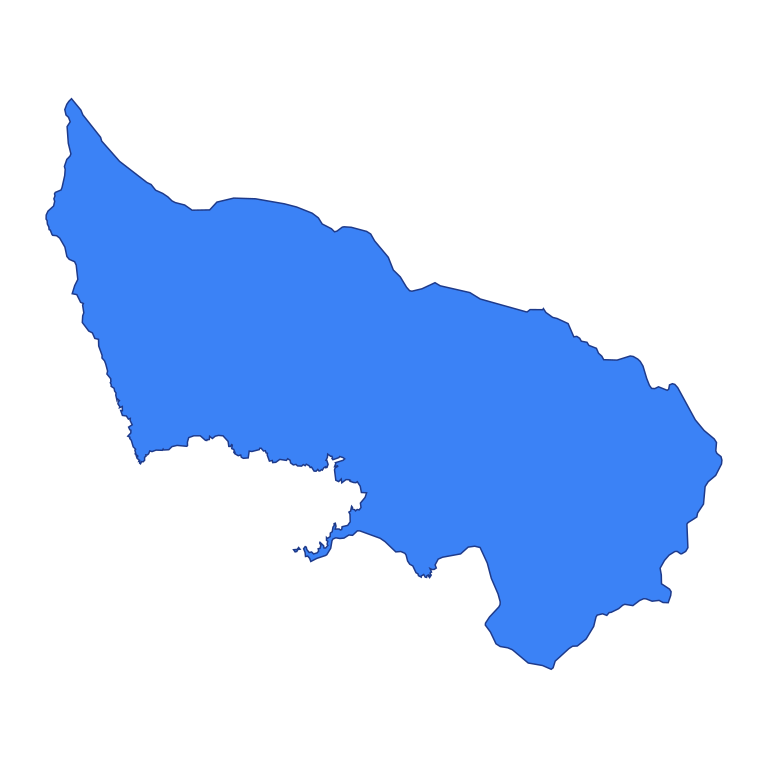 outline of Luwu Timur, Sulawesi Selatan, Indonesia
{"feature_id": "22746128B1110744719374", "entity_name": "Luwu Timur", "entity_type": "district", "adm_level": 2, "iso_a3": "IDN", "parent_name": "Indonesia", "parent_adm1": "Sulawesi Selatan", "projection": "natural_earth1", "projection_center": [121.051, -2.532], "detail": "fine", "context": "isolated", "style": "filled", "palette": "blue", "viewbox_px": 768, "rotation_deg": 0, "n_neighbors": 0, "source": "geoboundaries", "source_scale": "gbopen_adm2", "svg_char_len": 6075}
<svg xmlns="http://www.w3.org/2000/svg" viewBox="0 0 768 768"><path d="M500.2,646.5L507.8,647.8L512.3,649.7L528.2,663.0L542.5,665.5L551.2,669.3L553.1,667.8L555.2,661.1L568.9,648.6L572.6,646.2L577.3,646.0L586.1,639.0L593.7,626.4L596.0,617.0L597.2,615.1L602.6,613.8L606.8,615.4L609.1,612.6L611.2,612.3L618.6,608.7L622.7,605.2L624.8,604.3L632.9,605.6L639.6,600.5L643.7,598.7L646.2,598.9L652.1,601.2L659.1,600.4L663.0,602.5L668.2,602.7L670.7,595.5L671.1,591.7L669.5,589.1L661.5,583.8L661.3,575.0L660.1,568.2L664.5,560.4L669.1,555.1L674.9,551.5L677.2,551.4L680.6,553.8L681.7,553.8L685.7,551.4L687.9,547.7L686.9,524.1L688.0,522.6L696.8,517.0L697.6,513.0L703.5,504.1L705.1,486.6L708.2,481.7L715.7,475.4L721.5,464.0L721.9,460.1L721.0,456.6L716.9,453.4L715.8,450.9L716.5,442.5L714.2,438.9L704.1,430.5L695.3,419.9L677.7,387.6L674.8,384.4L672.4,383.7L669.5,384.9L668.7,389.2L667.2,390.3L658.5,386.8L654.8,388.6L651.6,388.4L649.4,385.3L646.7,378.5L643.0,366.1L640.2,361.4L637.8,359.1L633.3,356.5L630.2,356.0L617.1,360.1L603.7,359.7L601.8,356.2L598.5,353.2L596.4,348.3L588.9,345.4L587.0,342.3L581.3,341.2L579.7,338.3L576.8,336.4L573.8,336.8L568.1,323.6L557.1,318.5L552.7,317.4L545.9,312.5L543.4,308.6L542.7,309.7L530.1,309.6L527.2,311.9L526.0,311.8L480.2,299.0L469.9,292.6L440.2,285.8L435.0,282.7L421.9,288.8L411.9,291.2L409.6,290.7L406.5,287.2L400.3,276.9L393.3,270.0L388.3,257.3L374.6,240.9L370.7,234.0L366.6,231.4L351.3,227.3L344.1,226.8L342.3,227.1L337.0,231.1L334.5,231.8L331.4,228.7L322.2,224.0L318.4,217.9L312.2,213.2L296.6,207.0L284.3,203.8L255.5,198.8L233.7,198.1L216.9,202.1L209.7,209.9L192.1,210.2L184.7,205.0L175.3,202.6L172.0,200.9L167.9,196.9L162.7,193.4L155.6,190.2L151.1,184.5L146.9,182.5L119.6,161.4L101.7,141.1L100.6,137.3L82.8,114.8L80.9,110.1L71.5,98.7L68.8,101.4L66.8,104.3L64.8,109.6L66.0,115.0L68.5,117.3L70.2,121.8L67.1,126.6L68.3,143.3L70.9,153.9L70.0,156.1L66.8,159.4L64.4,166.5L65.2,169.3L64.7,175.6L62.0,187.6L61.0,190.0L55.3,192.4L54.5,193.8L55.0,195.9L53.9,198.8L54.7,201.3L53.6,206.0L48.0,211.1L46.2,215.0L46.1,219.1L47.1,220.5L47.4,224.1L48.8,226.9L49.1,229.6L50.3,230.1L52.0,234.5L52.7,235.3L56.6,235.7L59.7,238.1L64.9,247.1L66.9,256.5L69.3,259.4L74.6,261.7L76.2,265.1L77.8,279.4L74.7,285.6L72.2,293.7L76.8,294.6L80.6,302.3L83.4,303.5L82.6,305.1L83.8,312.8L82.7,315.8L82.3,322.5L88.7,331.0L92.4,332.9L94.8,338.4L98.5,339.3L98.7,346.0L102.1,355.4L102.0,358.0L104.5,360.8L105.7,363.9L107.6,371.1L106.9,374.0L110.7,378.7L110.9,381.7L110.3,382.7L111.3,384.8L111.1,386.3L114.1,388.3L114.6,391.0L116.0,393.0L115.8,395.2L117.0,400.4L117.7,399.1L119.4,400.7L118.3,401.6L117.9,403.8L119.8,406.7L119.5,407.7L122.3,406.5L122.4,410.7L120.7,410.5L122.4,415.4L126.4,416.0L128.4,419.1L130.3,418.4L130.1,420.4L132.2,424.8L128.6,427.1L129.8,429.8L130.9,430.2L130.8,433.0L127.8,436.2L129.9,437.2L129.8,438.6L131.3,440.3L133.2,446.8L135.6,449.2L134.9,450.1L135.8,453.8L135.3,454.0L137.8,456.0L137.7,456.6L136.4,456.2L137.1,458.3L139.3,460.2L138.9,461.1L139.7,460.8L139.6,463.1L140.5,463.8L141.6,461.6L143.1,461.8L144.6,460.3L144.6,457.3L146.0,456.2L145.8,454.9L147.3,454.9L148.6,453.8L149.8,450.9L152.0,451.6L156.1,450.1L162.3,450.3L163.1,449.1L163.6,450.0L168.8,449.7L172.0,446.6L177.1,445.4L186.8,446.3L187.5,445.5L187.4,442.2L188.7,437.6L193.8,435.8L200.3,435.8L205.4,440.3L206.8,440.5L207.4,439.0L207.3,439.8L209.3,439.5L209.6,436.3L212.4,438.5L215.2,436.2L218.5,435.4L223.0,435.8L228.1,441.4L228.8,446.4L230.4,446.5L231.6,444.6L232.3,445.1L231.7,448.6L233.7,449.4L234.6,451.7L234.1,451.4L233.8,452.2L234.8,453.7L238.2,455.7L240.7,455.0L241.3,457.2L243.3,458.3L248.2,457.9L249.2,451.1L251.9,451.5L259.3,449.6L259.7,448.3L261.1,448.2L263.5,451.0L265.3,450.7L266.1,452.9L267.4,453.3L267.2,455.0L269.4,461.1L272.3,460.5L272.7,462.6L275.8,462.3L279.8,459.4L286.4,460.4L287.7,458.7L290.1,460.3L290.6,462.9L293.3,464.9L296.0,464.4L297.5,465.9L301.6,466.1L303.3,464.6L305.2,465.7L306.3,464.2L309.2,465.8L310.2,467.5L311.5,467.1L314.1,471.1L316.1,471.2L317.8,469.4L319.0,471.0L320.0,470.9L321.6,469.6L322.3,470.1L323.9,467.7L325.7,466.7L325.8,467.7L327.0,467.4L328.1,464.4L326.8,460.4L326.0,460.3L327.4,457.4L327.7,454.1L330.7,456.3L331.9,456.3L332.5,458.0L332.0,458.5L332.9,459.7L338.9,457.6L339.7,456.5L343.1,457.6L344.7,458.9L343.1,460.3L335.4,462.7L335.8,463.5L334.6,466.5L337.5,465.8L337.7,466.4L335.2,467.8L334.5,469.8L335.8,480.2L338.7,481.6L341.2,479.0L341.8,482.8L346.0,479.6L349.1,479.7L349.9,480.1L349.4,480.3L350.1,481.3L353.6,482.5L355.9,482.7L357.3,481.7L360.2,486.2L361.4,492.5L366.6,492.8L365.1,497.4L360.4,503.1L361.0,507.5L359.2,509.9L357.2,509.5L355.5,510.9L354.6,509.7L352.2,509.0L352.5,507.4L351.6,506.3L350.6,511.1L348.9,512.1L350.0,514.3L350.2,521.8L347.7,525.4L342.1,526.7L341.7,529.5L340.4,530.0L339.1,529.0L335.2,529.1L336.0,526.2L335.3,523.2L334.1,523.6L334.2,525.4L333.0,527.1L332.2,531.7L330.3,533.1L330.2,536.6L327.4,538.4L326.5,537.5L326.5,540.4L327.8,541.2L327.1,544.1L327.9,545.4L325.6,548.0L324.0,548.0L323.6,545.7L320.0,542.3L319.7,543.0L320.8,545.3L320.0,548.4L318.2,548.7L318.6,551.2L317.1,552.9L313.6,553.9L311.6,552.0L309.2,552.5L306.8,549.5L306.3,547.2L305.2,546.6L303.6,548.7L305.1,552.5L305.5,556.5L307.7,556.1L309.6,558.3L310.8,561.5L316.8,558.4L325.5,555.5L326.8,554.7L330.7,548.3L332.0,540.6L333.0,539.0L335.8,537.8L339.8,538.5L344.0,538.1L348.9,535.0L352.6,535.3L357.4,530.8L359.9,530.9L380.2,538.3L385.0,541.6L395.8,551.9L400.8,551.5L404.9,553.3L406.1,555.1L407.6,561.0L409.7,564.2L412.8,565.9L416.0,572.7L417.9,573.8L418.5,575.7L421.2,577.1L421.2,576.1L423.7,574.5L425.2,577.1L426.6,577.4L426.9,575.8L428.5,574.9L429.4,575.5L428.7,576.4L429.6,577.6L431.2,575.1L430.2,573.8L430.3,572.6L431.5,572.1L430.0,568.5L432.0,569.5L434.2,569.4L436.3,568.0L435.1,564.9L438.2,559.1L442.6,557.2L460.6,553.9L468.2,547.1L474.7,546.2L480.1,547.5L487.3,563.1L491.3,578.3L498.0,593.8L500.2,601.8L500.1,604.5L498.9,606.9L489.5,617.0L485.5,623.1L485.3,625.1L490.4,632.0L496.0,643.8L500.2,646.5ZM300.0,549.2L298.6,547.5L297.3,549.4L293.6,549.7L295.1,551.9L296.8,551.5L297.8,549.5L300.0,549.2Z" fill="#3b82f6" stroke="#1e3a8a" stroke-width="1.5"/></svg>